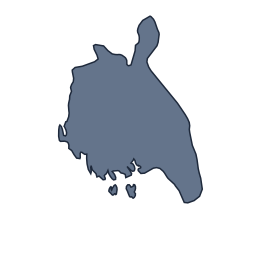 Østfold, Mercator projection, rotated 336°
{"feature_id": "NOR-924", "entity_name": "Østfold", "entity_type": "County", "adm_level": 1, "iso_a3": "NOR", "parent_name": "Norway", "parent_adm1": "", "projection": "mercator", "projection_center": [11.13, 59.345], "detail": "fine", "context": "isolated", "style": "filled", "palette": "slate", "viewbox_px": 256, "rotation_deg": 336, "n_neighbors": 0, "source": "natural_earth", "source_scale": "10m", "svg_char_len": 2974}
<svg xmlns="http://www.w3.org/2000/svg" viewBox="0 0 256 256"><g transform="rotate(336 128 128)"><path d="M193.6,34.8L194.3,35.6L195.5,39.0L195.7,42.1L195.0,49.9L195.0,53.6L194.5,55.2L190.4,61.9L187.9,64.7L174.0,72.3L172.1,75.4L171.7,80.8L172.3,85.2L183.3,125.5L185.7,139.0L186.2,143.6L186.2,147.9L186.1,148.1L185.3,151.0L183.4,154.3L182.5,157.4L179.7,170.0L179.4,179.6L178.2,185.0L175.6,193.8L174.7,198.3L174.0,203.4L171.0,214.1L165.6,219.5L158.9,221.2L152.2,220.7L149.1,218.9L149.2,206.0L147.7,199.9L147.6,198.5L144.1,190.4L143.7,188.6L143.1,184.1L142.6,181.9L140.7,177.9L138.0,175.8L134.8,175.0L124.8,176.0L121.3,174.8L120.0,171.1L120.5,169.8L121.3,169.4L123.2,169.6L123.8,168.9L123.3,167.5L122.4,166.5L122.1,166.9L121.3,166.0L120.9,165.0L120.7,163.5L120.8,161.8L121.1,161.1L121.1,160.3L120.7,158.6L119.7,159.5L116.4,161.3L117.9,162.9L118.2,165.5L117.7,168.0L116.4,169.6L114.7,169.5L113.5,167.9L111.5,162.8L112.5,168.3L112.7,171.2L111.8,172.4L105.8,172.4L106.6,169.3L105.2,167.6L103.3,166.2L102.3,163.5L101.4,162.8L97.1,161.3L95.9,161.3L96.8,165.0L96.7,168.1L95.7,169.9L93.8,169.6L92.9,168.0L92.2,165.2L91.9,161.8L92.4,158.6L90.4,160.4L89.3,161.1L88.2,161.3L87.0,161.9L86.8,163.2L86.8,164.7L86.1,165.7L84.2,165.2L82.0,160.2L79.7,160.1L80.2,156.7L78.3,151.5L79.0,147.4L77.9,148.9L76.6,153.1L75.4,154.6L74.9,149.7L76.0,144.2L77.8,139.1L79.7,135.1L78.0,134.6L76.9,133.2L76.1,131.6L75.1,130.9L74.0,131.7L72.4,135.5L71.6,136.4L68.8,134.6L67.9,130.4L67.4,125.7L65.6,122.6L67.0,119.6L67.3,117.5L66.6,115.8L64.8,114.3L60.8,112.7L60.3,111.3L61.3,107.3L64.0,101.5L65.8,98.6L67.0,97.6L67.7,99.5L67.5,102.6L66.2,108.6L67.6,109.8L68.9,109.2L70.0,107.3L70.5,104.7L70.5,101.1L70.3,100.5L73.7,97.0L74.6,97.2L74.9,97.1L78.3,93.7L80.3,90.4L81.1,87.8L82.8,83.1L83.9,81.2L86.3,78.0L87.8,75.0L91.3,71.5L91.9,68.1L92.2,67.4L94.2,65.3L96.7,63.6L97.5,62.4L98.6,60.4L100.0,54.1L100.6,52.4L104.3,51.2L111.4,53.0L124.5,53.9L128.8,52.8L129.3,48.8L129.1,42.3L130.0,38.7L132.3,38.6L139.1,43.1L141.1,49.2L143.7,53.9L146.1,55.6L148.0,56.6L149.7,57.2L150.9,57.9L152.1,59.1L153.5,61.4L154.2,62.8L154.4,64.6L154.3,65.9L152.8,69.5L153.4,70.9L154.0,71.4L156.4,71.6L165.8,60.5L168.5,55.5L171.9,54.6L173.1,53.7L174.2,51.9L175.2,49.7L175.7,47.9L175.8,46.1L175.8,44.5L176.3,42.9L177.4,41.3L179.9,38.7L185.2,35.7L193.6,34.8ZM109.7,182.2L110.3,182.0L111.0,182.6L111.0,184.5L110.2,186.4L109.1,187.8L107.8,188.9L107.7,189.6L108.1,190.9L107.2,192.7L105.6,193.9L104.3,194.2L103.8,193.8L103.6,193.0L103.4,192.3L102.5,192.2L101.6,191.4L101.6,188.7L101.8,185.6L101.7,182.7L102.8,180.8L104.6,179.8L106.0,180.3L106.6,181.9L106.6,183.2L107.4,183.4L109.7,183.1L109.6,182.5L109.7,182.2ZM93.2,174.7L93.6,175.7L93.6,177.9L92.9,179.9L90.5,183.6L89.8,183.8L89.5,182.9L89.0,182.6L87.6,183.2L86.5,182.9L86.1,182.0L85.8,180.8L84.8,178.2L85.2,177.2L86.2,176.0L87.5,175.0L88.5,174.7L88.8,175.4L88.5,176.2L87.9,176.8L87.6,177.6L87.7,178.2L89.2,176.7L91.9,174.9L93.2,174.7Z" fill="#64748b" stroke="#1e293b" stroke-width="1.5"/></g></svg>